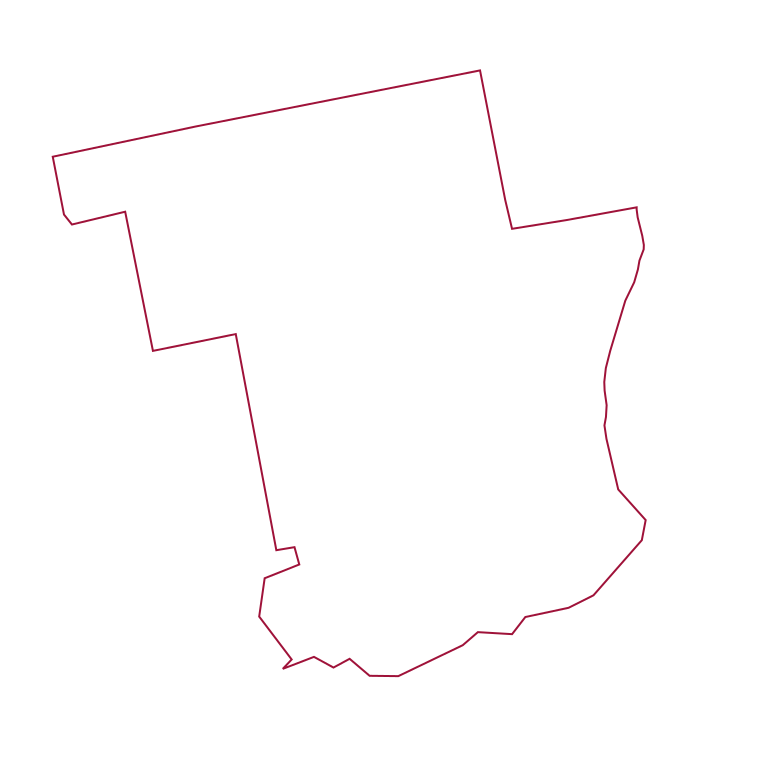 Jersey, Illinois, United States of America, rotated 259°
{"feature_id": "52423323B55765441585507", "entity_name": "Jersey", "entity_type": "district", "adm_level": 2, "iso_a3": "USA", "parent_name": "United States of America", "parent_adm1": "Illinois", "projection": "equal_earth", "projection_center": [-90.406, 39.093], "detail": "fine", "context": "isolated", "style": "outline", "palette": "rose", "viewbox_px": 768, "rotation_deg": 259, "n_neighbors": 0, "source": "geoboundaries", "source_scale": "gbopen_adm2", "svg_char_len": 789}
<svg xmlns="http://www.w3.org/2000/svg" viewBox="0 0 768 768"><g transform="rotate(259 384 384)"><path d="M670.3,102.2L611.4,102.2L600.1,108.1L602.5,162.8L460.6,163.5L461.3,248.0L241.4,246.6L240.9,265.0L223.0,266.4L216.1,229.8L179.5,217.1L131.2,240.8L123.7,230.3L129.5,263.2L115.3,280.3L120.8,297.8L100.3,314.2L94.5,342.3L112.6,411.5L122.5,428.8L114.0,462.0L128.3,478.3L129.1,522.5L136.6,549.3L181.5,607.3L200.5,614.9L235.8,593.8L287.7,591.9L301.3,592.5L309.3,595.6L320.7,598.5L335.4,599.3L343.9,600.6L357.3,604.8L370.0,610.8L373.4,612.4L419.8,636.8L436.1,649.0L448.0,655.1L456.4,658.3L466.6,664.6L470.9,665.6L480.2,665.8L499.2,664.8L507.1,665.3L509.2,665.7L510.1,594.0L511.9,539.3L541.7,538.1L673.5,538.1L672.7,248.0L670.3,102.2Z" fill="none" stroke="#9f1239" stroke-width="2"/></g></svg>